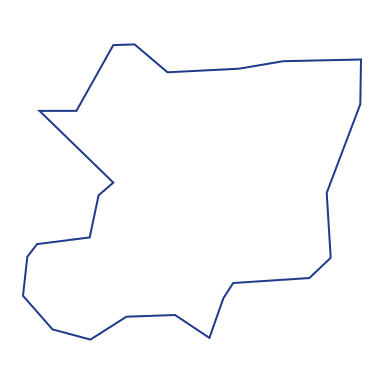 Niamey, Niamey, Niger (Albers equal-area conic projection)
{"feature_id": "23599985B37846693808008", "entity_name": "Niamey", "entity_type": "district", "adm_level": 2, "iso_a3": "NER", "parent_name": "Niger", "parent_adm1": "Niamey", "projection": "albers", "projection_center": [2.087, 13.524], "detail": "fine", "context": "isolated", "style": "outline", "palette": "blue", "viewbox_px": 384, "rotation_deg": 0, "n_neighbors": 0, "source": "geoboundaries", "source_scale": "gbopen_adm2", "svg_char_len": 423}
<svg xmlns="http://www.w3.org/2000/svg" viewBox="0 0 384 384"><path d="M39.5,110.9L113.3,182.6L98.6,195.3L89.7,237.4L37.1,244.1L27.3,256.8L23.0,295.8L52.5,329.4L90.4,339.6L126.4,316.7L175.0,315.0L209.4,337.9L223.4,298.2L233.2,283.0L309.4,278.0L330.7,257.8L326.7,192.9L360.3,104.2L361.0,59.5L283.1,61.2L238.8,68.7L167.5,72.3L134.6,44.4L113.3,45.1L76.4,110.9L39.5,110.9Z" fill="none" stroke="#1e3a8a" stroke-width="2"/></svg>